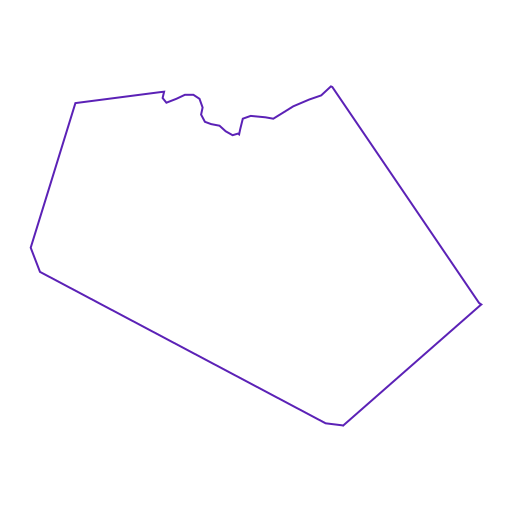 Mocha, Soufrière, Saint Lucia (Albers equal-area conic projection)
{"feature_id": "8701671B91684501452899", "entity_name": "Mocha", "entity_type": "district", "adm_level": 2, "iso_a3": "LCA", "parent_name": "Saint Lucia", "parent_adm1": "Soufrière", "projection": "albers", "projection_center": [-61.025, 13.831], "detail": "fine", "context": "isolated", "style": "outline", "palette": "violet", "viewbox_px": 512, "rotation_deg": 0, "n_neighbors": 0, "source": "geoboundaries", "source_scale": "gbopen_adm2", "svg_char_len": 567}
<svg xmlns="http://www.w3.org/2000/svg" viewBox="0 0 512 512"><path d="M75.4,103.1L50.5,183.7L30.7,247.7L40.0,271.9L325.6,423.3L342.8,425.4L343.1,425.6L480.5,305.1L481.3,304.5L479.0,302.9L332.3,87.0L330.9,86.4L321.2,95.4L309.3,99.5L293.3,106.3L273.3,118.7L265.4,117.3L250.7,115.9L242.8,118.7L240.1,129.6L239.1,134.4L238.0,133.6L232.6,135.2L225.7,131.3L219.5,125.7L211.1,124.1L204.9,121.8L201.1,114.6L202.6,107.5L199.5,98.8L193.4,94.8L184.9,94.8L176.4,98.8L166.4,102.7L162.6,98.0L164.1,91.7L159.7,92.2L75.4,103.1Z" fill="none" stroke="#5b21b6" stroke-width="2"/></svg>